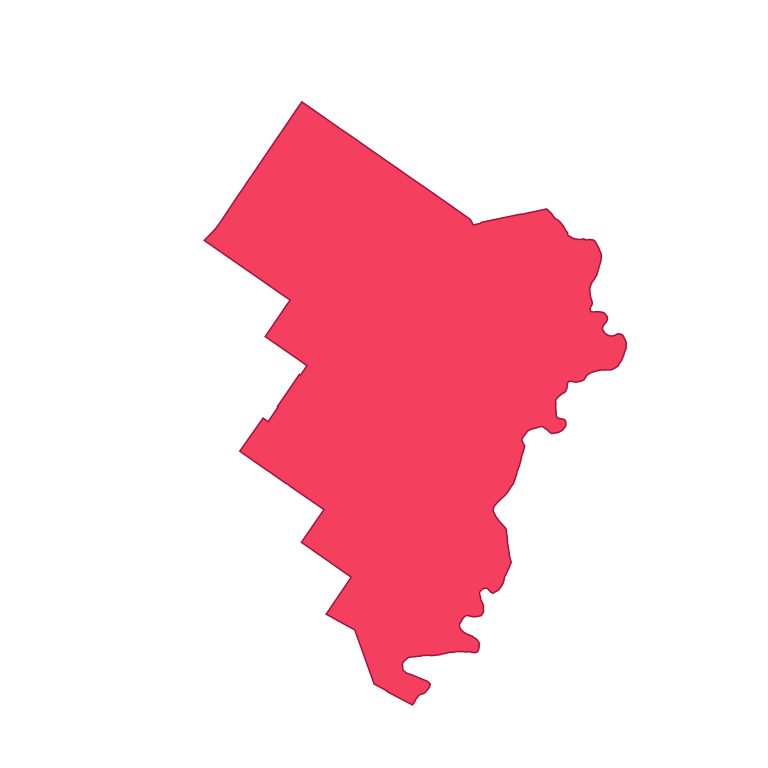 Campbelltown (SA), South Australia, Australia, rotated 128°
{"feature_id": "25037944B38277479897228", "entity_name": "Campbelltown (SA)", "entity_type": "district", "adm_level": 2, "iso_a3": "AUS", "parent_name": "Australia", "parent_adm1": "South Australia", "projection": "equal_earth", "projection_center": [138.68, -34.885], "detail": "fine", "context": "isolated", "style": "filled", "palette": "rose", "viewbox_px": 768, "rotation_deg": 128, "n_neighbors": 0, "source": "geoboundaries", "source_scale": "gbopen_adm2", "svg_char_len": 6159}
<svg xmlns="http://www.w3.org/2000/svg" viewBox="0 0 768 768"><g transform="rotate(128 384 384)"><path d="M619.4,164.0L615.5,164.1L614.1,164.6L612.8,164.8L607.9,164.8L607.0,164.6L605.9,164.2L604.0,162.5L602.2,161.7L601.1,161.6L597.4,161.5L594.7,161.5L591.9,162.9L591.5,166.3L593.6,174.2L595.5,180.9L596.2,183.8L597.3,186.0L597.5,186.6L597.8,188.1L597.9,189.1L597.9,192.3L597.7,193.1L595.4,195.0L594.3,196.5L593.5,197.0L591.9,197.5L591.5,197.6L588.6,197.3L585.3,196.6L584.4,196.3L583.0,195.2L579.6,191.4L578.4,190.3L576.1,187.8L574.5,186.5L573.9,186.0L570.1,181.9L569.2,179.8L567.8,178.3L566.9,177.2L565.7,176.2L563.3,173.6L560.1,171.3L558.2,169.4L556.6,168.4L555.7,167.6L554.2,166.1L552.4,163.8L550.5,162.5L547.4,158.4L546.3,157.1L544.9,154.6L544.5,154.1L543.7,153.6L542.6,152.1L540.3,147.6L538.8,146.0L537.4,145.5L535.9,145.7L534.6,146.1L532.3,147.3L531.5,148.0L530.5,148.5L530.0,148.8L529.0,150.4L528.2,153.4L528.1,154.1L528.3,155.6L528.4,158.7L528.6,160.0L530.1,164.8L530.4,167.3L530.5,169.8L530.1,171.8L529.2,174.1L528.2,175.5L527.5,176.1L526.3,176.8L523.1,177.0L521.7,177.4L521.1,177.5L518.1,177.3L516.2,176.8L515.4,176.3L514.6,175.1L514.4,174.2L512.5,170.3L510.0,167.5L506.7,164.8L503.2,165.1L502.3,165.4L501.4,166.0L499.6,167.8L498.3,168.4L497.8,168.7L496.5,170.6L494.4,174.8L493.1,176.2L492.6,176.6L491.2,178.8L490.0,179.9L489.6,180.2L488.5,180.5L487.5,180.5L486.0,180.2L484.5,179.9L482.1,178.1L481.9,177.9L481.5,177.0L481.5,176.1L482.2,172.2L482.2,170.4L481.8,169.4L481.3,169.0L479.7,168.6L478.4,167.9L476.4,167.1L475.3,166.9L470.1,167.0L468.6,167.3L466.4,167.9L461.3,170.4L458.6,170.5L456.9,171.2L454.8,171.7L453.2,171.9L448.8,173.3L446.2,173.9L443.2,178.1L441.5,180.1L439.9,181.5L437.2,184.4L435.2,186.3L433.5,188.5L429.8,191.8L429.3,192.2L425.0,196.6L423.6,197.8L423.0,198.8L422.0,203.3L421.5,207.0L419.8,213.6L418.5,216.5L418.3,216.9L417.5,218.6L417.4,218.8L416.9,219.6L416.1,220.2L415.4,220.6L414.5,221.3L414.1,221.5L412.3,221.9L407.8,221.7L406.8,221.6L401.8,220.9L398.6,220.3L394.9,220.0L391.5,220.1L385.4,220.7L382.8,220.6L379.9,221.7L377.0,222.6L375.3,223.4L374.0,223.6L373.0,224.1L372.4,224.4L371.8,224.9L366.1,226.7L365.5,226.7L362.0,228.3L361.2,228.5L355.2,231.5L350.5,233.0L348.7,233.9L348.2,234.0L347.3,234.4L346.4,234.9L345.9,235.5L345.2,237.7L344.2,239.2L344.0,240.0L342.2,241.6L340.5,241.7L338.5,241.7L333.2,241.8L331.5,241.4L329.2,240.3L327.4,239.0L326.9,238.7L324.8,236.9L323.5,236.2L321.3,234.5L320.5,233.5L319.9,232.3L319.9,229.5L319.6,228.5L320.0,223.2L319.9,222.1L319.7,221.4L319.0,220.5L317.4,219.2L316.1,217.8L314.9,216.8L313.2,216.0L310.8,215.0L306.8,214.8L304.7,215.1L302.0,217.3L301.1,219.1L301.0,220.0L301.7,222.0L303.0,223.9L303.4,224.6L303.6,227.6L303.1,228.5L298.4,232.7L296.8,234.4L294.4,235.8L291.8,238.3L290.2,238.9L287.4,238.9L282.4,237.9L281.3,237.5L280.6,237.0L280.1,236.8L279.3,236.4L278.2,236.4L276.1,236.8L274.8,237.2L274.3,237.4L272.0,239.0L270.3,239.9L269.9,239.9L269.5,240.0L268.3,239.8L267.4,239.3L266.5,238.0L265.2,235.1L264.4,233.8L261.8,231.7L261.4,231.1L260.6,230.6L257.8,229.1L257.4,229.0L254.9,229.1L253.5,229.5L252.1,229.5L251.8,229.4L251.4,229.3L250.0,228.8L247.7,227.9L242.5,224.3L238.7,220.9L237.1,218.7L234.8,216.1L233.4,214.0L231.2,212.7L229.5,211.9L226.6,211.0L226.0,210.6L224.1,211.1L221.0,211.3L219.8,211.2L219.0,211.4L213.2,213.0L209.7,214.4L208.6,214.6L207.0,215.3L206.7,215.2L204.0,217.5L203.3,217.7L202.6,218.3L201.9,219.1L199.3,224.0L198.6,225.8L198.5,226.7L199.2,228.7L200.4,230.6L201.5,231.3L203.2,231.8L203.6,232.1L205.7,233.7L206.9,235.4L207.8,237.8L207.9,241.1L207.5,242.5L206.9,244.1L206.7,244.7L206.5,245.2L205.8,246.1L204.2,246.8L201.9,247.2L199.2,247.0L196.6,247.3L195.6,247.7L194.1,248.9L193.5,249.6L192.9,251.4L192.4,253.8L192.9,255.9L194.4,258.6L196.2,261.2L198.2,263.2L199.3,264.9L199.5,265.8L198.4,267.6L197.1,268.3L194.2,268.8L193.0,269.1L191.9,269.6L189.9,272.2L189.4,273.3L186.3,276.9L182.2,280.5L181.6,280.9L178.9,281.9L176.2,282.6L173.0,282.8L171.5,282.9L167.1,283.4L162.9,285.2L160.7,285.9L158.4,287.1L156.4,287.7L153.6,288.8L150.1,291.0L149.4,291.3L149.1,291.5L147.7,293.2L146.7,294.7L145.9,296.6L144.6,298.4L143.0,302.2L141.7,305.3L141.5,306.8L141.7,307.7L142.1,308.7L143.9,311.5L145.2,312.4L145.8,313.1L146.2,313.9L146.5,315.5L147.2,316.6L148.9,317.9L149.7,318.9L150.7,320.4L152.7,324.4L153.0,325.6L153.1,327.5L153.6,329.7L153.6,330.6L153.3,331.2L152.4,331.8L151.7,332.8L151.0,335.7L149.6,338.8L149.5,339.0L148.2,343.5L147.8,346.0L147.8,348.7L148.1,349.9L148.1,351.4L147.7,353.4L146.8,356.1L146.3,358.1L146.0,362.1L146.0,363.7L147.4,364.9L153.6,370.0L159.7,375.2L165.1,379.6L166.0,380.9L173.0,386.8L177.9,391.0L182.9,395.2L184.7,396.7L190.9,401.9L196.5,406.7L197.6,407.0L198.3,407.1L203.7,411.6L201.2,417.1L201.2,417.8L201.6,426.2L202.1,435.6L202.1,436.8L202.3,441.5L202.6,446.6L203.3,459.7L203.7,467.5L204.7,484.9L205.1,490.5L205.5,498.0L205.5,500.0L205.8,505.6L206.3,513.7L206.7,520.8L207.6,538.3L207.8,540.9L208.3,550.7L208.5,555.1L208.8,560.5L209.1,565.1L209.1,565.7L209.4,570.8L209.7,573.3L209.8,575.1L210.4,587.4L210.4,587.7L211.1,601.3L212.3,622.5L223.0,621.8L229.0,621.4L230.3,621.3L240.8,620.6L247.9,620.1L255.4,619.7L264.0,619.1L272.1,618.6L272.7,618.5L279.4,618.1L281.7,617.9L286.7,617.5L289.2,617.4L293.1,617.1L295.5,617.0L304.2,616.4L309.5,616.1L316.9,615.5L324.6,615.1L345.5,613.5L353.3,612.9L357.0,612.6L365.4,612.4L373.5,613.1L381.5,614.1L381.4,611.2L380.5,595.9L380.3,593.0L380.2,589.7L380.2,589.1L379.6,580.0L379.1,570.0L378.5,559.5L378.2,554.7L377.9,549.6L377.6,543.7L377.3,538.5L376.6,524.9L375.7,509.6L381.2,509.4L389.5,508.8L396.8,508.3L403.9,507.9L404.5,507.8L419.1,506.8L419.8,506.8L419.0,493.7L418.0,476.1L417.6,468.8L417.4,466.3L417.4,465.1L417.0,456.0L428.6,455.2L428.6,456.6L437.5,456.0L442.4,455.7L449.4,455.2L456.6,454.8L467.5,454.1L467.4,453.3L470.4,453.1L485.0,452.1L485.3,458.3L525.8,456.3L524.0,423.0L523.8,421.5L522.7,400.2L522.3,398.6L522.3,393.7L519.9,354.0L523.6,353.8L559.6,351.6L557.6,314.1L557.3,307.7L556.5,292.3L556.3,291.4L556.6,290.9L599.9,287.9L601.0,287.9L595.8,255.6L605.3,240.5L626.5,207.0L623.9,192.4L624.5,192.2L622.3,180.0L619.9,166.8L619.4,164.0Z" fill="#f43f5e" stroke="#9f1239" stroke-width="1.5"/></g></svg>